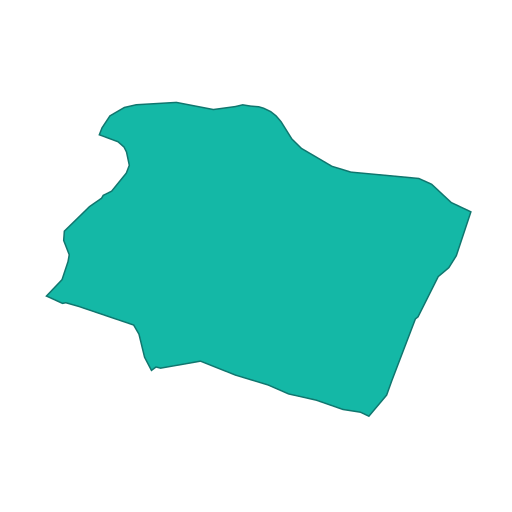 Patzité, Quiché, Guatemala, rotated 19°
{"feature_id": "79465075B43387572026262", "entity_name": "Patzité", "entity_type": "district", "adm_level": 2, "iso_a3": "GTM", "parent_name": "Guatemala", "parent_adm1": "Quiché", "projection": "orthographic", "projection_center": [-91.205, 14.971], "detail": "fine", "context": "isolated", "style": "filled", "palette": "teal", "viewbox_px": 512, "rotation_deg": 19, "n_neighbors": 0, "source": "geoboundaries", "source_scale": "gbopen_adm2", "svg_char_len": 906}
<svg xmlns="http://www.w3.org/2000/svg" viewBox="0 0 512 512"><g transform="rotate(19 256 256)"><path d="M414.9,370.7L424.8,345.0L425.0,329.6L427.2,263.6L429.0,260.8L435.0,216.1L442.1,204.3L445.3,190.5L444.8,144.3L423.2,141.9L398.7,131.0L384.7,129.7L318.4,145.8L298.6,146.5L264.0,139.5L251.8,133.7L236.0,120.9L229.4,117.0L222.9,114.7L215.2,113.8L210.0,114.0L202.2,116.0L194.2,117.4L187.7,121.5L168.0,131.4L130.7,136.7L93.5,152.0L83.2,158.4L72.3,171.0L68.7,184.9L68.4,192.4L88.4,192.9L95.8,196.0L99.7,199.8L106.7,211.5L106.4,219.8L98.4,241.7L91.8,248.4L91.2,251.6L82.5,263.5L66.7,294.9L69.1,303.9L79.0,315.6L80.1,322.5L80.3,341.5L70.9,362.1L88.5,363.8L91.4,362.1L104.3,361.4L162.8,361.1L170.8,368.0L183.6,388.0L194.4,398.2L197.6,393.5L202.3,393.1L237.7,373.5L275.5,375.3L309.3,374.0L331.7,375.8L359.8,372.7L388.1,372.8L405.5,369.7L414.9,370.7Z" fill="#14b8a6" stroke="#0f766e" stroke-width="1.5"/></g></svg>